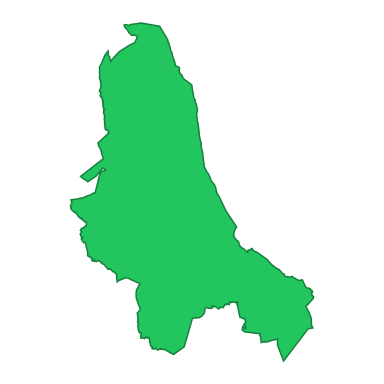 outline of Ringerike nor, Buskerud, Norway
{"feature_id": "86288312B88500439281521", "entity_name": "Ringerike nor", "entity_type": "district", "adm_level": 2, "iso_a3": "NOR", "parent_name": "Norway", "parent_adm1": "Buskerud", "projection": "albers", "projection_center": [9.963, 60.328], "detail": "fine", "context": "isolated", "style": "filled", "palette": "green", "viewbox_px": 384, "rotation_deg": 0, "n_neighbors": 0, "source": "geoboundaries", "source_scale": "gbopen_adm2", "svg_char_len": 5948}
<svg xmlns="http://www.w3.org/2000/svg" viewBox="0 0 384 384"><path d="M71.0,199.8L72.0,203.8L70.9,204.8L70.4,205.9L70.9,206.3L71.1,207.0L70.6,208.1L71.4,209.1L71.6,209.9L74.1,212.1L75.4,212.8L75.7,212.5L78.8,217.0L81.5,219.0L81.7,218.3L82.7,219.3L83.0,220.4L83.7,220.6L84.7,221.9L86.3,222.0L86.5,224.7L86.3,225.6L84.8,226.3L84.6,226.9L83.5,227.8L81.4,228.5L80.9,229.8L80.3,230.4L81.7,231.8L80.2,233.8L80.7,234.4L80.5,235.4L80.9,236.1L81.9,237.5L82.7,237.5L82.4,238.1L81.2,239.0L83.7,242.8L85.2,242.2L85.9,244.5L86.1,246.8L87.3,249.9L87.8,254.4L87.5,255.2L88.1,256.2L89.4,256.9L90.3,256.3L90.5,256.9L92.0,258.0L91.3,258.7L91.6,259.4L91.6,259.8L92.6,261.0L94.4,259.6L94.4,260.1L93.8,260.7L94.0,261.2L96.6,261.6L97.7,260.7L99.2,260.7L99.5,261.4L100.7,261.7L101.3,263.0L102.4,263.1L102.5,263.8L104.3,264.7L105.9,266.9L107.1,267.9L107.7,269.1L111.4,269.4L111.6,270.3L112.7,271.7L114.0,271.7L114.9,272.9L116.1,273.5L116.2,274.4L116.6,274.8L116.7,276.4L116.6,277.5L117.2,281.8L118.6,280.6L125.7,277.8L128.6,278.3L131.7,280.1L134.1,280.9L136.3,282.2L137.7,282.5L140.1,283.7L139.1,284.9L138.1,287.2L136.7,289.5L136.3,291.1L136.1,294.5L136.3,298.1L138.1,303.5L140.2,308.9L139.9,309.9L139.2,310.9L137.2,313.1L137.5,314.2L137.6,316.2L137.9,316.4L137.7,317.0L138.2,318.1L138.2,318.8L137.8,319.7L137.6,322.6L138.1,323.2L138.5,323.2L138.8,323.9L138.1,324.7L138.1,325.2L137.8,325.9L138.5,330.6L138.8,331.6L139.2,331.8L139.6,332.9L140.8,332.7L140.7,333.0L141.3,333.8L140.5,335.8L140.9,337.0L140.9,338.1L141.8,338.3L143.0,337.8L144.5,338.6L144.8,338.4L145.0,337.5L146.2,337.2L146.8,337.9L147.7,337.9L148.0,337.3L148.6,337.9L149.3,337.8L149.3,339.6L149.7,340.1L149.7,341.1L149.5,341.7L149.8,342.0L149.7,342.3L150.1,342.4L150.5,345.4L151.1,346.4L151.8,346.4L152.5,347.0L152.3,347.8L151.9,348.1L152.4,348.8L154.5,349.0L155.3,348.2L156.7,348.9L157.3,350.0L158.2,349.6L159.0,349.7L160.7,348.6L161.1,348.7L161.0,349.3L164.6,349.5L173.5,354.5L184.2,346.8L192.5,318.2L199.1,317.7L200.9,316.8L202.6,315.3L204.0,313.6L204.5,312.4L205.2,308.4L205.6,307.9L206.6,307.5L208.6,308.3L211.0,308.4L212.4,307.7L212.2,307.6L212.4,306.9L212.1,305.8L212.3,305.7L216.6,307.3L217.4,308.2L218.8,309.0L220.0,307.5L223.3,307.5L224.9,304.7L226.5,304.5L226.4,303.7L229.2,304.6L229.4,303.0L230.0,302.0L231.1,302.5L231.2,302.1L231.8,302.2L232.1,301.7L235.1,302.5L237.4,302.1L237.3,303.9L236.9,303.9L237.0,304.6L237.4,304.9L239.8,317.0L243.3,318.7L244.7,318.3L244.9,319.8L245.8,322.0L245.5,322.2L245.4,323.0L244.6,323.6L244.9,323.9L244.7,324.5L244.4,324.9L244.0,324.6L243.6,325.2L245.8,327.3L245.3,328.7L242.6,326.8L242.5,328.5L242.0,329.6L244.5,331.8L260.1,333.8L260.2,334.4L259.8,335.6L260.7,337.1L261.2,342.6L264.3,341.6L265.5,342.3L277.4,338.9L277.5,345.2L283.6,361.0L308.3,328.6L312.8,328.0L311.5,325.1L311.3,318.9L310.3,315.4L308.7,311.7L305.9,306.5L313.4,298.3L313.3,297.5L313.6,297.0L313.3,296.4L312.2,295.6L311.9,294.8L312.0,294.0L311.3,292.8L312.6,292.0L312.1,290.6L311.2,290.2L310.0,288.5L306.8,287.9L305.6,286.9L302.4,279.9L301.3,279.9L300.5,280.4L297.7,280.1L295.2,278.3L293.1,277.8L292.6,276.4L289.5,277.1L284.6,276.2L284.2,274.1L282.4,273.6L281.8,272.5L279.6,270.1L279.4,269.6L278.1,269.4L277.0,268.3L275.2,267.6L273.5,265.8L272.7,265.7L267.1,259.5L264.0,257.2L256.4,251.9L254.0,251.3L253.5,250.4L252.8,250.1L252.8,249.7L252.1,248.9L252.2,248.6L251.2,248.8L250.3,250.1L248.2,250.0L247.7,250.5L247.9,252.0L247.1,252.4L244.4,249.3L241.7,247.7L240.2,246.4L238.7,243.0L238.8,242.5L238.6,241.8L236.1,239.6L234.1,236.9L233.9,236.3L234.0,235.2L233.7,234.5L234.0,232.2L235.5,228.6L236.7,227.1L225.8,210.6L219.4,197.1L217.0,193.1L216.0,189.8L215.8,188.1L214.4,184.6L211.2,180.8L209.6,176.4L209.1,175.6L208.6,174.2L206.9,171.9L203.9,166.0L204.0,165.7L203.9,165.0L204.2,164.3L204.0,164.0L202.9,156.2L202.8,153.8L202.5,151.9L201.3,147.6L201.2,143.6L199.9,138.6L199.2,134.2L199.1,132.1L198.1,123.9L197.2,120.1L197.1,117.5L196.7,116.1L196.7,113.7L197.5,109.9L196.8,106.4L195.1,100.8L195.3,99.9L194.1,98.5L193.8,97.4L192.1,87.7L192.1,86.1L191.5,84.7L183.6,78.8L182.3,76.9L182.5,76.4L182.4,75.9L179.6,72.8L179.7,72.3L179.5,71.8L178.9,71.2L179.4,70.5L179.0,69.7L179.5,68.9L179.3,68.7L179.4,67.7L178.6,66.9L175.3,65.7L174.8,62.2L172.7,56.4L172.3,55.1L172.0,52.7L171.4,52.1L170.9,50.9L169.1,43.8L168.5,43.0L167.5,39.4L159.6,26.2L141.0,23.0L130.3,24.6L129.0,25.4L125.0,24.5L124.2,25.0L124.5,26.4L125.7,28.3L127.5,30.1L128.9,32.8L129.8,33.2L131.0,34.8L131.9,35.4L134.6,35.1L135.9,35.4L137.3,37.8L136.1,39.6L135.1,42.0L134.2,43.0L129.4,45.2L119.2,51.7L113.6,57.7L113.0,58.7L111.9,59.7L110.8,61.3L109.3,56.4L108.0,55.3L108.3,54.4L108.4,53.3L108.1,51.0L105.2,54.7L100.6,65.3L99.3,67.6L99.9,70.7L99.6,70.7L99.4,71.3L99.7,74.7L99.7,76.7L99.3,77.5L100.1,79.0L99.9,79.5L100.6,80.9L100.4,82.9L101.1,84.1L101.0,85.5L100.8,85.7L100.7,86.9L100.8,87.8L100.5,88.6L99.8,89.7L99.8,91.2L99.4,91.6L100.7,92.4L100.9,93.2L100.4,94.5L100.8,94.9L100.2,95.6L100.2,96.0L100.8,97.0L101.8,96.9L102.0,97.5L101.9,97.9L102.3,98.1L102.1,98.9L102.8,100.3L102.5,100.6L102.5,101.4L103.1,101.2L103.4,102.0L103.0,102.3L103.1,103.6L102.8,103.7L103.2,105.0L102.9,105.4L103.2,105.7L103.1,106.8L103.6,107.3L103.5,108.2L103.9,108.3L103.8,109.0L104.1,109.1L104.0,109.5L104.3,109.7L104.1,109.8L104.3,109.9L104.1,110.1L104.3,110.2L103.5,111.8L103.8,112.1L103.8,112.8L103.6,112.9L104.0,113.6L103.9,113.9L104.3,114.6L104.4,115.4L104.8,115.5L104.5,117.5L104.2,118.4L104.6,120.3L104.4,121.6L104.7,122.2L104.6,122.4L104.7,122.8L104.7,125.4L105.0,126.6L104.9,127.0L105.2,127.2L105.3,127.9L105.1,128.9L105.8,129.9L106.3,130.1L106.9,129.5L107.8,130.3L108.4,131.6L108.2,132.6L108.9,132.9L97.9,143.1L98.5,144.4L98.5,145.7L100.8,149.7L101.7,153.6L103.4,158.6L80.6,176.4L82.2,177.9L87.9,181.7L96.5,175.8L97.4,174.3L103.0,167.9L103.5,168.5L105.7,169.7L104.9,170.5L101.5,171.6L100.4,172.5L99.5,174.6L98.6,179.2L95.0,193.2L93.2,193.1L90.6,194.9L87.6,195.7L82.0,198.1L80.2,198.1L78.1,198.9L71.0,199.8Z" fill="#22c55e" stroke="#15803d" stroke-width="1.5"/></svg>